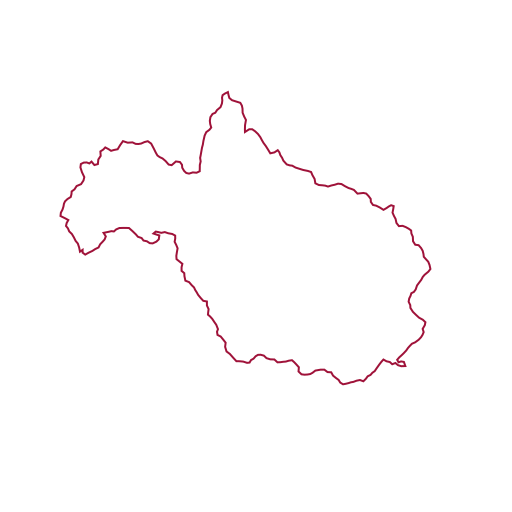 Baependi, Minas Gerais, Brazil, rotated 325°
{"feature_id": "56859067B1799797383135", "entity_name": "Baependi", "entity_type": "district", "adm_level": 2, "iso_a3": "BRA", "parent_name": "Brazil", "parent_adm1": "Minas Gerais", "projection": "orthographic", "projection_center": [-44.832, -22.017], "detail": "fine", "context": "isolated", "style": "outline", "palette": "rose", "viewbox_px": 512, "rotation_deg": 325, "n_neighbors": 0, "source": "geoboundaries", "source_scale": "gbopen_adm2", "svg_char_len": 4572}
<svg xmlns="http://www.w3.org/2000/svg" viewBox="0 0 512 512"><g transform="rotate(325 256 256)"><path d="M327.0,105.6L323.5,105.1L320.9,105.1L319.0,106.8L317.6,109.3L315.5,111.6L312.3,113.7L307.8,114.1L304.8,115.3L301.9,114.7L298.3,116.1L295.7,118.8L294.2,121.6L293.0,125.1L290.2,125.9L286.3,126.0L283.0,127.9L278.9,131.6L276.3,134.3L273.9,136.3L271.1,139.1L268.5,141.7L266.5,143.6L264.9,146.8L262.2,149.2L260.4,151.7L258.5,154.3L255.1,153.7L252.2,151.3L248.4,150.1L246.5,148.0L245.9,145.1L246.2,141.4L247.7,138.8L247.6,135.4L244.6,132.6L242.1,132.9L239.0,133.2L236.9,131.0L236.4,126.4L235.4,122.5L233.8,119.7L232.9,117.1L233.2,113.8L233.9,109.4L234.6,103.8L233.2,99.9L230.0,98.7L226.4,98.0L223.9,96.8L221.7,95.1L220.0,92.1L215.9,89.6L212.9,85.6L208.4,87.2L203.9,89.2L200.5,87.7L197.6,86.7L196.5,83.9L194.8,80.6L191.9,81.2L188.5,81.1L186.2,84.9L182.2,86.5L179.2,90.0L175.8,88.8L175.4,84.3L172.6,84.6L171.0,82.3L168.5,80.7L165.3,80.2L163.0,82.7L161.5,87.5L160.6,92.9L158.0,95.2L153.9,96.8L149.2,95.8L145.5,97.3L142.0,97.4L140.3,99.5L138.1,101.4L134.2,101.2L130.9,101.7L128.7,103.0L126.6,105.1L124.1,107.0L121.0,108.6L118.8,111.1L121.2,115.5L122.9,118.9L119.8,120.4L117.6,122.4L117.8,125.5L117.1,128.7L117.8,132.4L117.5,136.3L116.9,140.2L117.2,143.6L116.0,147.6L114.3,151.5L117.5,151.5L115.9,153.8L116.9,156.9L120.8,157.3L124.9,158.0L128.3,158.1L131.9,158.7L135.1,157.0L138.7,156.3L141.5,155.6L144.2,153.8L144.4,149.6L148.8,151.5L151.8,152.7L153.7,154.4L156.7,154.0L160.1,154.7L163.9,157.2L168.0,160.2L169.1,164.8L170.0,169.4L170.3,172.5L172.6,175.7L172.7,178.8L175.1,181.4L176.3,184.5L178.6,186.4L182.6,187.1L185.9,186.6L188.6,183.7L186.8,181.4L184.9,178.8L187.9,178.5L189.8,180.5L191.7,182.7L195.0,184.1L197.2,187.1L200.0,189.9L201.5,192.9L199.9,195.3L197.5,197.7L197.0,201.2L196.2,204.7L193.1,207.8L190.8,210.2L189.1,213.0L190.2,216.8L191.2,220.2L188.6,222.5L186.5,225.5L187.4,228.9L185.8,231.5L184.0,235.7L186.2,239.0L186.6,243.1L187.2,246.2L186.7,249.0L186.6,251.8L186.3,254.6L186.6,258.6L187.1,262.5L189.7,265.1L187.4,268.4L186.7,272.3L184.7,274.5L183.0,276.5L183.7,279.2L184.1,282.4L184.0,286.2L184.0,289.5L182.9,294.1L180.6,295.7L179.2,298.6L180.9,301.7L181.2,305.7L181.4,309.6L178.6,312.7L177.1,317.3L178.4,321.2L179.0,326.5L179.6,330.9L182.2,332.8L185.0,335.2L187.4,338.4L189.6,339.6L192.2,338.4L195.1,338.7L198.2,337.9L200.9,338.1L203.1,339.5L205.3,342.1L206.0,345.7L208.4,348.8L211.7,351.3L212.6,355.4L215.1,357.0L217.5,358.2L219.9,359.6L222.9,360.6L225.7,362.0L226.4,365.0L226.8,367.7L227.3,371.7L224.6,375.0L225.4,379.0L227.7,381.1L230.2,382.6L232.7,383.8L235.3,384.1L238.9,383.9L243.6,386.1L246.8,388.3L248.0,392.1L250.9,394.4L250.5,398.2L251.6,402.0L252.6,404.9L252.4,408.0L253.7,411.0L256.1,412.1L258.9,413.2L261.3,413.9L263.6,415.0L266.8,415.8L270.0,417.2L272.1,420.2L275.6,419.6L278.5,418.6L281.6,419.1L284.3,418.4L287.2,418.4L290.3,417.2L294.8,415.6L298.0,414.6L301.0,413.9L302.5,417.1L304.8,419.6L305.5,422.8L308.8,423.6L309.7,426.9L311.8,429.6L315.2,431.8L316.4,427.6L314.4,425.6L311.8,424.8L312.1,422.0L315.2,421.2L318.4,420.8L321.0,420.4L324.8,419.6L327.8,418.5L330.3,417.9L333.4,417.3L336.8,418.0L341.2,417.9L344.6,417.2L347.2,416.1L349.7,414.5L350.7,411.3L354.6,409.5L356.8,407.4L356.1,403.9L354.2,400.1L353.3,396.0L352.5,391.7L352.7,387.1L354.2,384.7L354.8,381.0L357.1,378.7L359.7,377.3L361.9,375.6L364.7,376.0L367.6,375.0L371.0,372.5L374.6,371.3L377.7,370.3L380.6,368.8L383.3,368.1L388.2,367.7L391.4,366.7L393.0,362.9L393.8,359.5L393.4,356.4L393.0,352.9L394.3,350.5L395.5,347.4L395.8,344.2L395.4,340.4L392.9,338.1L393.1,334.0L395.5,330.2L396.2,326.7L397.7,324.1L396.8,321.4L395.3,318.3L393.4,315.4L390.2,313.5L390.0,309.5L391.6,305.7L392.0,302.3L392.7,298.8L395.3,296.3L397.4,294.1L395.8,291.9L393.3,291.6L390.4,291.6L386.9,291.3L385.2,287.2L383.3,283.7L381.1,281.3L381.1,277.6L382.7,275.0L382.6,271.5L382.1,268.1L380.2,266.0L377.3,264.4L374.9,263.1L374.1,258.0L372.5,255.6L370.8,253.4L368.9,249.8L367.3,246.1L364.7,243.8L361.4,242.8L358.3,241.5L354.8,240.4L353.1,238.1L351.1,236.3L348.2,233.9L346.3,230.5L348.2,226.5L348.6,222.1L349.3,218.8L347.3,216.1L344.0,212.6L341.6,209.5L339.1,206.2L337.5,202.8L335.6,201.1L333.7,198.6L333.1,193.6L333.7,190.5L333.8,187.3L334.6,184.5L334.5,181.8L330.5,181.7L326.6,180.1L326.9,175.7L327.1,171.6L327.0,167.6L327.3,164.2L327.7,161.1L327.6,157.2L326.8,153.3L325.6,150.0L323.2,148.3L318.1,148.1L319.7,145.7L322.1,142.5L325.8,138.8L326.3,135.0L327.2,131.0L329.5,127.5L330.7,124.7L331.0,121.5L328.6,118.4L325.7,114.6L324.8,111.2L325.9,108.2L327.0,105.6Z" fill="none" stroke="#9f1239" stroke-width="2"/></g></svg>